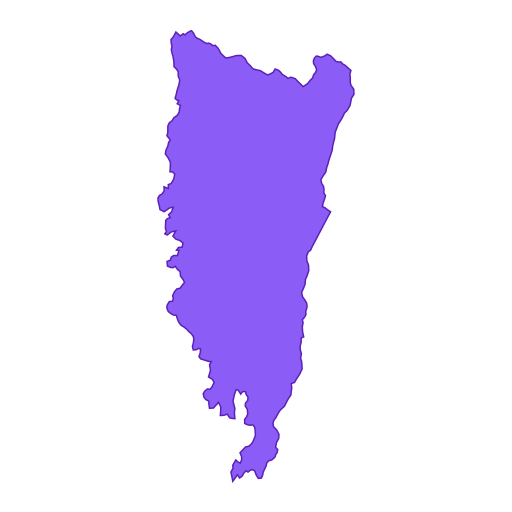 Jandaia, Goiás, Brazil (Equal Earth projection)
{"feature_id": "56859067B45662810904248", "entity_name": "Jandaia", "entity_type": "district", "adm_level": 2, "iso_a3": "BRA", "parent_name": "Brazil", "parent_adm1": "Goiás", "projection": "equal_earth", "projection_center": [-50.192, -17.128], "detail": "fine", "context": "isolated", "style": "filled", "palette": "violet", "viewbox_px": 512, "rotation_deg": 0, "n_neighbors": 0, "source": "geoboundaries", "source_scale": "gbopen_adm2", "svg_char_len": 4689}
<svg xmlns="http://www.w3.org/2000/svg" viewBox="0 0 512 512"><path d="M272.0,459.8L274.9,457.2L275.7,454.7L277.2,452.4L277.7,449.5L275.6,447.3L276.5,442.5L278.7,438.5L279.0,434.5L276.9,430.3L273.6,426.7L273.0,423.5L273.7,420.6L276.0,417.4L278.1,413.4L280.0,410.4L282.7,407.8L284.4,406.3L287.3,400.6L288.8,397.9L290.8,395.2L291.7,388.0L291.3,383.6L294.5,382.4L296.8,378.4L298.8,375.5L300.1,373.3L302.1,368.9L301.9,364.9L301.6,361.1L300.6,358.5L301.4,353.5L300.3,349.9L300.2,345.9L301.2,342.2L301.1,338.0L303.7,336.9L302.6,331.8L302.3,326.9L303.1,322.6L302.3,319.8L304.6,317.1L306.0,314.5L305.7,311.7L307.1,306.7L306.6,303.1L304.9,300.0L302.6,296.8L301.6,292.5L303.5,288.3L305.1,284.1L305.4,279.6L307.1,275.7L308.8,270.5L308.5,265.1L306.9,260.9L306.6,256.2L308.2,251.9L310.6,250.2L311.9,247.2L328.2,216.2L330.6,211.8L327.2,209.5L325.1,207.8L322.5,206.7L323.0,203.4L324.5,199.3L325.5,195.7L323.8,193.0L324.0,189.1L323.5,186.3L321.7,183.5L320.9,179.7L323.1,175.9L325.8,172.0L326.8,167.2L328.0,163.8L328.8,160.5L330.3,156.0L332.2,150.2L332.7,146.0L333.7,141.6L334.5,138.9L335.2,132.3L336.6,128.6L338.4,123.9L340.7,120.4L342.9,116.5L344.5,113.0L347.0,110.6L348.4,108.3L350.0,105.6L350.7,102.3L351.4,98.4L354.0,94.2L353.7,89.1L351.0,85.4L350.3,82.4L350.3,77.6L349.9,74.3L350.9,70.4L347.6,67.6L345.4,65.5L342.6,63.9L340.9,61.9L338.5,62.0L336.0,61.4L334.0,59.2L330.5,55.7L327.1,54.2L324.9,55.8L321.1,57.4L318.8,56.5L316.4,56.0L314.3,58.2L313.4,60.7L313.6,63.6L315.5,66.5L316.6,69.6L315.7,72.2L313.6,74.8L312.6,78.0L310.3,80.2L307.6,83.6L303.2,86.6L300.5,84.0L297.6,81.2L295.3,78.7L290.9,77.2L288.0,78.4L286.1,76.7L282.5,74.6L280.6,72.2L278.4,70.2L275.1,69.0L273.3,72.2L270.2,74.0L267.3,74.9L263.8,72.8L260.4,70.7L255.7,69.6L253.1,68.9L249.5,64.9L247.4,63.0L244.9,58.3L241.1,55.4L236.1,55.6L232.5,56.7L228.7,57.6L225.8,58.0L222.9,55.4L220.5,52.9L219.4,50.4L217.8,47.9L215.2,45.3L212.8,45.6L210.8,44.0L208.6,43.1L206.5,43.5L203.4,41.8L200.0,39.4L197.5,38.4L195.3,36.8L193.5,33.1L191.6,30.7L189.6,31.4L186.8,33.2L185.1,34.9L183.2,33.7L180.2,36.0L178.0,33.9L175.9,32.0L174.5,34.7L173.1,37.2L171.0,39.5L171.2,42.9L172.0,46.7L171.3,49.6L172.1,53.4L173.1,56.8L173.9,61.9L174.0,66.6L176.3,68.9L178.2,71.7L178.2,76.1L179.7,79.9L179.0,84.5L177.9,87.8L176.9,91.2L176.2,94.5L175.1,98.4L176.7,99.9L178.8,100.6L177.2,103.7L180.5,105.5L179.5,108.6L179.2,112.1L177.2,115.4L173.8,117.8L172.0,120.8L169.3,122.8L167.9,125.8L167.8,129.1L167.8,132.7L166.9,135.7L168.7,137.9L170.3,140.3L168.7,142.1L167.8,146.1L165.9,150.4L165.3,153.9L168.2,157.9L170.4,162.4L170.3,167.2L170.0,171.8L172.5,171.9L174.7,174.0L173.9,178.4L172.8,180.9L171.2,183.5L168.3,184.6L168.3,188.5L164.0,186.8L164.2,190.9L162.0,194.0L159.6,195.3L158.0,197.8L158.1,201.3L159.2,205.3L160.0,209.6L164.2,211.7L169.7,207.9L173.2,207.3L171.6,211.8L168.5,214.7L170.2,217.7L167.4,218.6L165.7,220.4L165.4,228.6L166.5,231.6L164.8,233.8L167.2,235.0L171.1,232.0L175.8,230.9L172.9,236.1L175.8,239.1L180.0,240.6L182.9,243.0L182.2,247.2L178.5,247.4L176.5,250.2L178.9,250.4L177.4,255.6L173.7,255.5L171.2,257.2L170.5,260.0L167.0,261.5L167.5,266.2L170.9,267.5L173.0,267.7L175.2,266.3L177.6,269.6L180.1,271.5L180.5,276.1L183.2,279.7L184.5,282.4L182.1,285.4L180.1,288.2L176.9,288.9L174.6,291.5L172.6,295.7L173.3,298.6L172.5,301.2L169.3,301.6L167.2,305.0L166.8,307.9L168.2,311.5L170.8,313.5L173.1,314.9L176.3,315.4L177.7,319.8L179.2,322.9L181.1,325.3L183.9,327.0L186.8,329.3L188.4,331.2L191.4,333.8L193.4,336.7L193.8,339.6L193.2,343.7L192.4,346.3L193.3,350.0L196.4,349.7L198.5,348.4L200.6,349.1L200.2,352.9L199.0,356.8L200.7,358.9L208.9,361.5L211.3,361.6L209.5,364.9L210.5,370.1L209.6,373.4L208.5,377.0L212.3,379.2L214.1,382.5L212.2,386.5L210.2,389.2L207.3,389.0L204.6,391.3L203.2,393.7L204.0,397.2L205.6,399.4L208.8,401.2L208.9,404.2L209.5,408.3L213.5,408.0L216.0,405.2L218.5,402.4L220.8,406.9L220.7,411.0L220.3,415.5L223.8,415.3L227.3,414.2L229.6,417.8L232.1,418.4L234.9,418.7L234.4,412.5L234.9,408.6L233.0,401.1L234.3,394.9L236.1,389.7L238.3,390.2L240.7,394.1L242.6,391.6L245.4,391.6L246.1,394.4L248.0,397.2L247.7,400.4L245.5,403.1L245.2,405.9L247.3,409.3L247.7,414.0L246.4,417.2L244.6,419.3L244.7,423.5L247.1,424.6L250.0,425.3L252.7,424.8L254.6,427.0L255.1,430.1L255.4,435.4L253.8,439.6L252.6,442.3L250.8,444.5L248.7,446.3L245.7,446.9L243.3,449.3L240.0,452.8L241.6,456.6L241.6,459.8L240.3,463.1L237.8,461.9L235.8,459.9L232.8,465.2L233.0,468.3L230.9,472.1L231.7,475.7L232.8,481.3L235.0,478.3L237.3,474.8L239.6,478.0L242.3,476.0L243.6,473.4L246.1,470.7L248.0,472.1L250.1,470.4L252.2,469.6L254.7,470.8L256.1,474.8L258.3,478.4L261.4,478.1L262.6,475.4L263.2,472.1L266.1,466.0L266.9,462.5L269.2,460.6L272.0,459.8Z" fill="#8b5cf6" stroke="#5b21b6" stroke-width="1.5"/></svg>